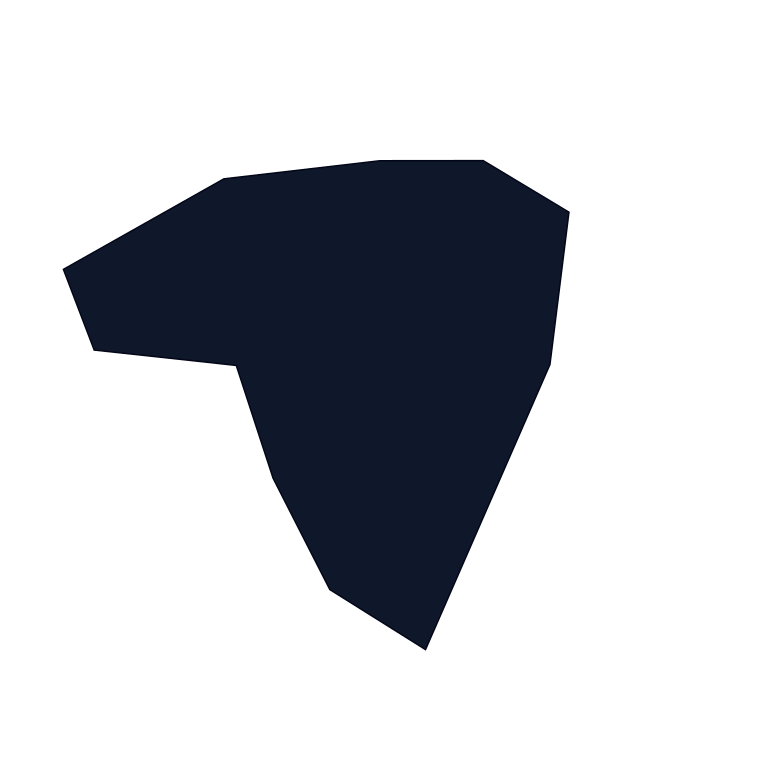 Saint Mary Cayon, Natural Earth projection, rotated 63°
{"feature_id": "KNA-5106", "entity_name": "Saint Mary Cayon", "entity_type": "Parish", "adm_level": 1, "iso_a3": "KNA", "parent_name": "Saint Kitts and Nevis", "parent_adm1": "", "projection": "natural_earth1", "projection_center": [-62.73, 17.347], "detail": "fine", "context": "isolated", "style": "filled", "palette": "ink", "viewbox_px": 768, "rotation_deg": 63, "n_neighbors": 0, "source": "natural_earth", "source_scale": "10m", "svg_char_len": 314}
<svg xmlns="http://www.w3.org/2000/svg" viewBox="0 0 768 768"><g transform="rotate(63 384 384)"><path d="M314.9,141.2L442.0,227.3L639.5,467.6L542.6,525.6L417.6,525.6L300.4,507.2L222.2,626.8L136.3,617.6L128.5,433.5L183.2,286.3L230.0,194.2L314.9,141.2Z" fill="#0f172a" stroke="#020617" stroke-width="1.5"/></g></svg>